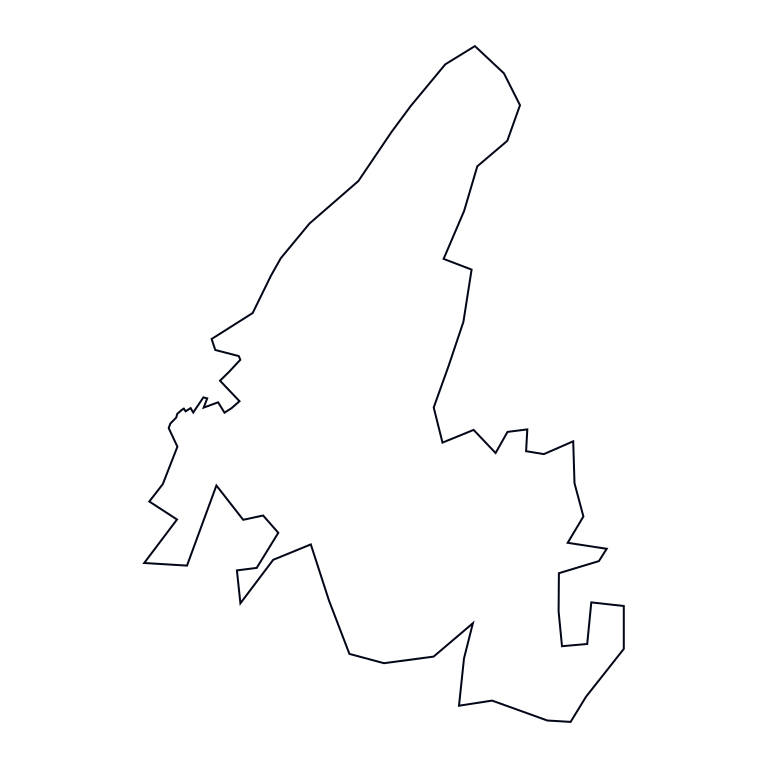 outline of Yukarichirchik, Tashkent, Uzbekistan
{"feature_id": "79887680B57714411837097", "entity_name": "Yukarichirchik", "entity_type": "district", "adm_level": 2, "iso_a3": "UZB", "parent_name": "Uzbekistan", "parent_adm1": "Tashkent", "projection": "albers", "projection_center": [69.455, 41.216], "detail": "fine", "context": "isolated", "style": "outline", "palette": "ink", "viewbox_px": 768, "rotation_deg": 0, "n_neighbors": 0, "source": "geoboundaries", "source_scale": "gbopen_adm2", "svg_char_len": 1180}
<svg xmlns="http://www.w3.org/2000/svg" viewBox="0 0 768 768"><path d="M310.8,544.4L328.9,600.3L349.4,653.9L384.0,663.2L433.6,656.6L472.9,623.2L464.0,658.4L459.0,705.7L492.1,700.6L547.3,720.5L570.6,721.9L586.1,696.6L623.8,648.9L623.8,606.0L591.3,602.4L587.2,644.0L562.0,646.2L558.6,611.4L558.9,573.2L598.9,561.1L606.7,548.8L567.7,542.8L583.4,516.5L574.5,483.2L573.2,441.3L543.9,454.1L526.1,451.2L527.3,429.4L507.5,431.9L495.6,453.0L473.6,429.9L442.5,442.6L433.7,407.5L448.4,366.5L463.4,321.9L471.6,269.6L443.6,258.9L464.1,211.0L477.3,166.3L507.3,140.8L520.0,105.2L503.9,73.3L474.9,46.1L445.3,64.3L410.8,105.9L391.5,132.0L358.4,181.0L309.5,223.5L280.8,258.2L270.9,275.8L252.7,313.0L211.6,339.0L215.3,350.0L238.8,356.1L240.3,359.8L228.6,372.3L220.0,380.7L239.5,401.2L231.5,408.2L224.5,412.7L218.1,402.3L203.7,407.6L207.2,398.4L203.4,397.4L193.2,412.5L190.6,408.1L185.6,411.3L183.8,408.6L181.8,409.9L177.3,413.8L176.2,417.6L170.3,423.6L168.7,428.1L177.4,446.7L162.8,484.1L149.3,501.5L177.0,519.5L144.2,563.0L187.0,565.6L216.4,485.5L243.2,519.8L263.1,515.5L278.3,532.8L256.7,567.9L236.9,570.4L240.4,603.3L273.2,559.8L310.8,544.4Z" fill="none" stroke="#020617" stroke-width="2"/></svg>